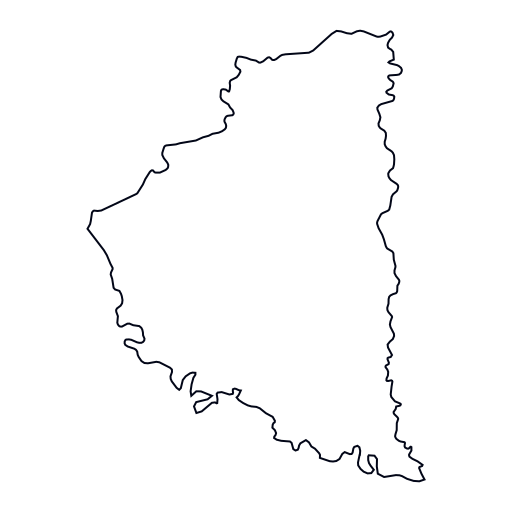 the border of Ternopil'
{"feature_id": "UKR-292", "entity_name": "Ternopil'", "entity_type": "Region", "adm_level": 1, "iso_a3": "UKR", "parent_name": "Ukraine", "parent_adm1": "", "projection": "natural_earth1", "projection_center": [25.734, 49.388], "detail": "fine", "context": "isolated", "style": "outline", "palette": "ink", "viewbox_px": 512, "rotation_deg": 0, "n_neighbors": 0, "source": "natural_earth", "source_scale": "10m", "svg_char_len": 6017}
<svg xmlns="http://www.w3.org/2000/svg" viewBox="0 0 512 512"><path d="M360.1,30.7L363.7,31.4L376.5,36.5L377.9,36.8L380.2,36.6L386.1,34.6L389.7,31.7L390.5,31.4L391.4,31.6L392.5,32.7L393.3,35.0L392.0,37.6L389.9,39.7L388.9,41.3L388.0,43.0L387.5,45.1L388.1,47.6L389.9,48.9L391.3,49.6L393.2,51.9L393.8,59.6L389.5,61.4L388.5,62.4L390.0,63.4L397.0,65.1L398.8,66.0L401.0,67.8L401.8,69.6L401.8,70.8L401.0,72.9L399.1,74.5L397.0,74.9L389.6,75.4L388.7,75.8L388.2,76.5L388.2,77.5L388.8,78.5L390.2,80.0L392.7,81.6L393.3,82.4L393.6,83.4L392.8,86.5L391.7,88.3L387.4,90.5L386.3,91.7L386.5,92.7L388.8,94.5L392.7,95.2L393.7,95.7L394.3,96.7L394.0,98.9L393.4,100.1L392.6,100.9L381.3,104.1L378.9,105.5L377.3,107.7L377.5,109.6L379.3,113.7L380.4,117.3L379.8,120.3L378.5,123.4L378.7,125.8L379.8,127.6L380.8,128.5L384.3,130.7L385.8,132.9L386.0,135.8L385.6,138.7L384.7,141.7L384.7,144.2L385.5,146.2L386.9,148.2L391.7,151.4L392.9,152.8L394.0,155.2L394.3,159.3L394.0,164.4L393.5,166.6L393.0,168.2L390.0,170.5L388.5,172.9L388.2,173.8L388.5,176.4L389.5,178.3L391.1,180.2L396.7,183.9L397.9,185.2L398.2,186.3L398.1,187.7L397.4,190.0L396.7,191.2L393.0,194.3L391.6,196.8L390.3,205.5L389.2,209.6L387.8,210.8L382.4,213.2L381.0,214.3L377.5,221.1L377.1,222.5L377.1,223.8L378.6,228.2L382.2,234.7L383.9,239.3L385.8,246.1L386.5,247.5L387.2,248.5L392.3,251.5L393.4,253.2L393.8,259.7L395.5,266.0L395.4,267.3L394.5,270.4L394.5,273.1L396.0,276.1L398.9,279.7L399.3,280.7L399.3,281.8L398.7,283.7L397.4,285.7L397.2,291.1L396.7,292.4L396.0,293.2L393.1,294.1L390.5,295.4L389.2,296.8L388.6,299.1L388.5,303.7L387.3,307.6L387.3,308.9L387.5,310.3L388.5,312.2L391.9,316.2L392.1,317.1L390.5,321.3L389.9,324.5L390.5,327.1L393.9,333.7L394.1,336.0L392.8,339.1L389.9,341.6L387.6,344.5L388.0,347.5L392.0,355.0L390.7,357.0L388.3,357.6L387.6,358.1L387.5,359.2L388.9,362.7L388.6,364.1L386.0,365.5L385.5,366.3L385.6,367.3L387.3,369.5L388.2,371.9L387.9,375.6L386.6,378.4L386.4,380.3L386.9,380.9L388.2,381.0L391.2,380.3L392.1,380.8L392.4,381.6L391.6,386.4L390.7,394.5L391.3,397.0L394.9,401.3L399.7,403.3L400.6,403.8L400.8,404.5L400.3,405.4L399.4,405.8L396.2,406.5L395.7,409.0L393.6,412.0L393.7,413.1L394.3,414.2L396.9,416.7L397.8,417.7L398.2,418.9L396.8,423.1L396.7,430.2L395.5,434.1L395.1,436.2L395.5,437.5L396.4,438.9L398.9,440.8L400.6,441.5L404.5,442.2L405.0,443.0L404.6,445.3L404.6,446.4L405.1,447.5L406.9,448.5L408.1,448.7L409.0,448.3L410.2,447.0L410.8,446.7L411.4,447.1L411.4,450.6L409.1,454.5L409.1,455.6L409.5,456.7L412.4,458.8L417.5,461.3L422.6,464.9L422.1,466.0L419.5,467.0L419.1,468.0L421.4,473.6L424.5,479.5L419.3,481.3L413.6,480.9L407.0,478.8L402.0,476.1L399.5,475.3L395.9,475.1L384.1,477.0L377.8,473.7L376.8,466.4L377.0,459.1L374.5,455.7L368.8,455.3L368.2,456.4L368.2,460.1L369.0,463.1L370.6,465.7L373.8,469.8L371.3,473.1L367.6,473.4L363.7,471.7L360.6,469.0L358.2,465.4L358.0,462.5L359.8,454.0L359.8,455.7L360.2,450.8L359.4,447.3L357.5,445.8L354.3,446.9L353.4,448.4L352.6,452.6L351.6,454.0L349.7,454.1L344.7,452.1L342.3,453.9L339.5,459.0L336.3,461.0L333.0,461.5L329.7,461.2L319.9,457.9L320.0,454.9L319.2,453.3L315.0,448.7L311.4,446.5L309.0,442.4L305.9,440.1L300.4,443.3L299.1,445.5L298.6,447.9L297.8,449.7L295.5,450.5L293.3,449.1L291.6,442.9L290.0,441.5L281.2,440.8L276.7,439.7L274.1,438.0L274.3,436.6L275.5,435.1L276.1,433.1L274.9,430.2L272.4,427.7L272.7,424.7L273.5,423.1L274.7,422.3L274.9,420.8L272.7,416.9L265.9,413.2L259.8,408.3L256.4,406.9L251.3,406.4L247.8,405.4L243.1,403.0L238.8,400.1L236.6,397.4L238.1,395.9L239.1,394.2L240.8,390.5L239.1,390.3L236.0,388.9L234.6,388.6L232.9,389.3L232.8,391.0L233.1,392.8L232.7,393.9L229.4,394.5L221.7,392.1L217.6,392.6L216.7,393.9L217.5,399.3L217.2,403.1L216.6,403.3L215.0,402.4L211.9,402.8L201.7,411.4L196.4,413.0L194.0,406.4L196.2,402.1L207.6,399.3L211.9,395.8L201.0,391.4L196.3,391.3L191.3,395.8L190.6,391.3L191.6,384.3L193.4,377.8L195.4,374.7L195.4,372.8L192.5,372.6L190.1,373.3L185.7,376.3L182.8,380.0L180.8,388.2L179.2,389.8L176.6,387.8L171.8,381.4L170.7,378.9L170.5,376.3L172.0,372.0L171.9,369.5L170.0,367.7L159.4,362.3L156.3,361.8L147.9,363.3L144.4,363.0L141.5,361.1L138.7,357.0L137.7,354.8L137.2,351.6L136.0,349.8L134.3,348.7L127.7,346.5L125.3,344.9L124.6,343.3L124.7,341.4L125.6,339.8L126.6,339.5L129.0,339.4L131.3,339.8L137.0,342.3L139.2,342.8L141.4,342.8L143.1,341.9L144.2,340.5L144.5,338.7L143.1,335.4L142.9,332.3L142.3,329.7L141.3,327.8L139.3,326.1L133.2,325.2L129.4,323.6L127.3,323.7L121.9,326.6L120.0,326.5L119.0,325.9L117.9,324.5L117.3,322.7L117.9,316.2L116.3,311.9L116.1,310.1L116.9,308.5L120.6,305.7L122.1,303.3L122.5,300.1L121.8,296.2L121.0,293.8L119.4,290.9L115.1,289.5L113.6,287.8L112.2,278.9L110.7,274.5L111.0,272.5L112.6,269.1L112.6,267.9L110.4,263.7L106.9,255.3L103.8,250.1L87.5,228.8L90.1,224.1L90.8,220.9L92.0,212.6L92.9,211.3L94.0,210.6L97.7,211.0L101.3,210.5L136.1,194.1L137.3,193.3L142.9,184.5L145.3,179.1L149.8,172.0L150.9,170.9L151.9,170.3L152.9,170.4L154.6,172.3L155.7,172.6L159.9,172.6L165.6,170.0L166.9,168.9L167.8,167.9L168.1,167.0L168.3,165.0L168.0,164.1L167.2,162.5L163.9,158.3L162.3,155.0L162.3,152.9L163.7,148.4L164.4,146.6L165.3,145.8L166.5,145.4L175.9,144.4L180.0,143.2L195.9,140.5L203.0,137.3L208.6,135.8L212.5,133.8L218.6,132.7L222.1,131.2L224.8,129.3L225.9,127.8L226.2,125.9L225.8,124.1L224.5,121.7L224.4,120.6L224.6,119.3L225.6,117.3L226.5,116.3L227.7,115.8L232.5,115.2L233.3,114.4L233.7,113.5L233.6,112.6L232.6,110.1L230.1,107.5L228.4,104.4L223.4,101.3L221.5,99.5L220.5,97.0L220.9,91.4L221.1,90.3L221.9,89.5L223.2,89.2L225.8,89.6L228.4,91.5L229.1,91.4L229.8,89.1L230.1,85.7L229.7,82.8L230.2,80.9L230.9,80.2L236.7,77.3L238.7,74.9L240.4,71.7L240.1,70.0L236.4,67.2L235.8,66.5L235.3,64.7L235.6,62.6L236.8,58.6L237.7,56.9L239.2,56.6L241.5,56.8L246.5,57.9L250.8,59.6L255.9,60.6L259.1,62.6L260.4,62.6L263.2,61.3L267.5,57.7L268.4,57.4L269.3,57.3L270.6,58.1L272.0,59.7L272.9,60.0L274.2,60.0L276.2,59.1L280.4,55.8L282.2,54.9L285.6,54.3L308.9,52.7L313.2,50.5L331.7,33.9L336.5,30.9L341.1,31.4L346.8,33.2L351.5,33.8L356.8,31.3L360.1,30.7Z" fill="none" stroke="#020617" stroke-width="2"/></svg>